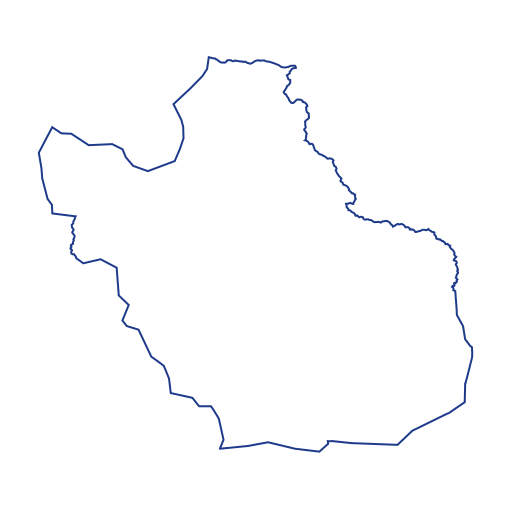 Delu'un, Bayan-Ölgiy, Mongolia, rotated 174°
{"feature_id": "93677404B55197094733289", "entity_name": "Delu'un", "entity_type": "district", "adm_level": 2, "iso_a3": "MNG", "parent_name": "Mongolia", "parent_adm1": "Bayan-Ölgiy", "projection": "equal_earth", "projection_center": [90.333, 47.743], "detail": "fine", "context": "isolated", "style": "outline", "palette": "blue", "viewbox_px": 512, "rotation_deg": 174, "n_neighbors": 0, "source": "geoboundaries", "source_scale": "gbopen_adm2", "svg_char_len": 6006}
<svg xmlns="http://www.w3.org/2000/svg" viewBox="0 0 512 512"><g transform="rotate(174 256 256)"><path d="M61.5,200.4L63.3,201.3L63.0,202.3L63.0,202.9L63.5,204.0L64.3,204.8L63.6,205.6L63.1,205.9L62.8,205.9L62.8,205.3L62.7,205.2L61.8,205.7L61.5,206.9L61.9,208.2L61.2,208.5L60.4,208.3L59.6,208.7L59.7,208.9L59.4,209.5L58.9,209.8L59.0,210.8L58.8,211.2L58.2,211.6L58.7,212.3L58.8,212.7L59.5,213.4L59.5,213.7L59.0,214.3L58.7,215.6L58.4,216.0L58.2,216.6L57.1,217.6L56.8,218.2L56.9,218.8L57.5,219.5L57.3,220.0L56.9,220.3L56.9,220.8L56.7,221.2L57.0,221.4L56.8,222.1L56.9,223.1L57.1,223.9L57.4,224.5L57.4,224.9L58.2,226.6L57.8,227.3L57.1,228.1L57.0,228.5L57.3,229.4L57.7,230.1L59.4,230.8L59.8,231.2L58.7,232.8L56.9,234.2L57.8,235.1L58.8,236.9L58.3,238.1L58.3,238.6L59.1,240.5L59.8,241.5L61.5,243.1L61.6,243.6L62.3,244.7L62.3,245.4L61.9,246.0L62.7,246.2L63.4,246.7L63.6,247.4L64.3,248.0L66.2,247.9L66.9,249.8L68.1,250.8L68.3,251.2L69.4,251.3L70.0,252.2L71.1,252.8L71.2,253.3L71.4,253.5L72.7,253.4L73.6,254.1L74.8,254.3L74.9,254.5L74.9,256.3L75.4,257.5L76.4,258.6L76.3,259.7L76.1,260.4L76.7,261.2L78.2,261.4L79.6,262.7L81.1,263.7L81.7,264.8L83.0,264.1L84.4,263.8L85.5,264.4L87.3,264.6L88.2,264.5L90.5,263.6L91.8,263.7L93.3,263.2L94.9,263.2L95.1,263.3L95.3,263.8L96.0,265.0L96.7,265.6L97.2,265.7L97.7,266.1L98.5,266.0L99.1,266.2L99.4,266.0L99.7,266.1L100.3,266.4L100.1,267.2L100.6,267.6L100.8,267.9L101.4,268.5L102.1,268.8L104.3,268.9L105.1,270.6L106.4,271.8L107.8,272.7L110.1,272.4L110.6,272.5L111.2,273.0L112.2,273.0L114.4,271.8L114.9,271.7L116.7,270.9L116.8,271.3L117.5,272.6L118.3,273.2L118.5,273.7L119.1,274.2L119.4,275.3L122.1,277.2L123.7,277.3L126.9,277.1L128.3,276.2L129.3,276.7L130.4,277.1L134.2,277.2L135.4,277.6L136.0,278.1L136.5,278.8L137.3,279.2L137.7,279.6L139.4,280.0L140.4,280.7L142.5,280.9L143.7,280.7L144.7,281.3L145.2,281.7L145.4,282.2L145.6,283.3L147.3,284.0L148.1,284.0L149.1,283.7L150.6,285.0L151.1,285.8L152.3,285.5L152.5,285.5L153.0,286.1L153.2,287.2L153.9,288.2L155.1,289.2L155.8,289.5L156.8,290.4L157.2,291.2L157.5,291.4L159.2,291.9L159.1,292.2L159.3,293.2L159.8,294.0L160.4,294.5L160.7,295.0L160.7,296.8L161.0,298.5L158.4,298.4L157.6,298.9L156.7,299.0L155.1,298.0L153.8,297.6L153.4,299.0L152.5,299.9L151.9,301.2L151.3,301.9L150.8,302.2L150.8,302.7L151.3,303.8L151.3,306.0L151.0,306.7L152.4,307.4L153.0,308.3L153.9,308.3L154.2,308.5L155.2,310.0L156.7,311.7L156.5,312.0L156.5,312.3L156.8,313.5L157.0,313.7L157.4,314.8L158.0,315.6L159.6,316.9L161.8,317.9L161.8,318.8L162.4,320.1L164.0,321.3L164.1,322.2L163.2,323.5L162.9,324.3L164.4,325.9L165.1,326.8L166.9,330.2L167.3,331.8L167.8,332.8L167.0,333.9L166.8,334.5L167.2,336.1L167.9,336.8L168.9,337.5L169.0,338.7L169.8,341.1L169.7,341.7L168.9,342.9L169.1,343.4L170.4,344.7L171.9,345.1L172.6,345.5L174.3,345.2L175.1,345.6L175.6,346.4L177.2,347.8L179.0,348.8L179.5,349.6L182.5,350.8L183.3,351.8L183.6,352.8L186.3,355.0L186.6,356.5L187.1,357.8L187.3,359.6L187.7,360.8L188.2,361.4L188.8,361.8L189.3,361.9L190.6,361.5L191.1,361.6L191.4,362.2L191.8,363.5L192.6,364.5L194.0,365.5L195.0,365.9L194.6,366.1L194.2,366.6L194.1,368.0L193.6,369.4L193.5,370.8L192.7,372.3L192.8,372.7L193.6,373.7L193.6,374.6L194.8,376.1L194.9,376.5L194.6,377.2L193.5,378.1L193.0,379.0L193.4,380.9L193.1,382.5L193.1,383.3L193.3,384.5L191.4,386.1L190.2,386.7L188.8,387.9L188.9,390.9L188.5,391.8L189.1,392.7L190.2,393.6L190.5,394.9L190.7,396.5L190.6,397.5L190.7,398.6L190.1,399.1L189.3,399.5L189.4,400.7L189.8,401.6L191.4,403.6L193.4,404.3L193.5,405.4L194.3,406.2L195.7,406.9L196.7,406.9L197.7,407.3L198.6,407.3L199.3,407.0L202.8,404.4L203.6,404.2L205.1,404.8L205.3,405.5L206.2,406.4L206.6,407.2L207.0,408.9L208.5,411.7L209.3,413.5L209.6,413.8L210.3,414.0L211.3,415.7L211.3,416.0L210.6,417.1L210.2,417.4L207.9,420.5L207.7,420.8L207.5,421.6L205.3,422.9L203.9,424.6L203.9,425.3L203.6,426.0L203.6,427.5L204.4,427.9L205.0,428.1L205.4,428.7L205.8,430.5L206.4,432.2L206.4,432.6L204.6,433.3L203.2,434.5L203.3,435.6L202.2,436.5L201.5,437.6L200.7,438.3L198.9,438.9L197.8,438.8L196.6,439.0L197.1,441.0L198.2,441.3L201.8,441.5L204.2,440.6L205.3,440.6L207.4,440.4L209.4,440.8L211.0,441.3L213.2,443.3L218.3,446.0L222.5,447.8L224.9,448.3L227.6,449.7L232.2,449.9L232.8,450.4L235.1,450.3L236.7,449.9L239.9,448.2L241.5,447.8L244.9,449.2L246.1,450.3L247.0,450.5L248.4,450.3L249.2,450.8L252.0,451.3L254.3,452.0L256.8,452.6L257.4,452.2L258.4,452.0L259.5,452.5L260.2,453.2L262.6,453.6L263.9,453.6L264.6,453.3L265.1,452.4L266.6,451.6L267.4,451.6L268.3,451.9L269.5,451.8L271.9,452.9L272.6,453.9L273.9,454.8L274.3,455.5L275.3,455.8L275.9,456.6L278.4,457.2L282.2,458.6L285.1,447.1L290.6,440.4L303.7,429.6L322.2,415.6L316.0,399.1L314.9,392.0L315.8,380.6L320.5,370.4L326.9,358.9L354.7,351.7L368.8,358.5L375.2,367.9L377.5,376.0L387.3,382.3L410.8,383.7L426.9,396.9L436.7,398.3L445.2,405.4L461.2,381.4L460.2,365.6L460.5,355.7L457.3,334.5L453.6,328.2L454.1,319.6L431.3,314.3L431.8,313.6L432.7,311.2L433.7,310.0L434.1,309.0L434.5,307.4L436.1,306.1L436.0,304.7L435.9,303.5L435.2,302.3L434.7,301.7L434.7,301.0L436.2,299.0L436.3,298.3L435.8,297.7L435.7,297.4L434.4,295.4L434.4,294.0L435.6,292.1L435.9,291.4L435.5,290.8L436.7,288.6L436.6,287.4L437.0,287.0L438.1,286.7L438.8,286.4L439.1,285.5L438.7,285.1L438.6,284.4L439.0,283.6L439.6,283.3L439.7,282.6L439.4,282.1L438.5,281.4L438.4,280.8L439.2,279.7L439.5,278.6L439.2,277.6L438.3,277.0L437.8,276.8L436.8,276.8L435.3,274.3L435.3,273.6L434.9,272.5L428.5,266.8L410.9,269.0L395.8,258.9L396.6,231.1L387.7,220.6L395.6,205.8L391.8,199.8L380.5,195.0L370.7,166.9L363.0,160.0L359.1,156.3L355.3,143.2L355.1,128.6L334.1,121.6L328.3,112.5L316.5,111.3L315.1,108.8L310.5,99.4L309.9,97.6L307.5,76.6L312.0,68.3L311.9,68.1L283.8,67.9L263.5,69.5L237.5,60.3L213.4,54.8L203.9,61.7L203.9,64.4L202.9,64.1L199.7,64.0L180.4,59.9L135.0,53.4L118.8,65.9L82.4,79.2L80.7,79.6L63.7,88.8L61.3,107.3L61.0,107.3L60.7,108.4L57.9,115.6L51.6,132.9L51.1,136.8L50.8,142.3L50.9,142.9L52.3,144.0L56.7,151.4L57.4,164.5L62.4,176.3L62.0,183.1L61.5,200.4Z" fill="none" stroke="#1e3a8a" stroke-width="2"/></g></svg>